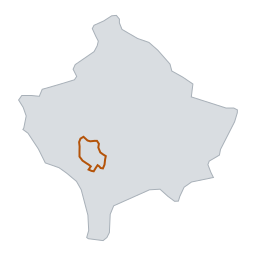 Kosovo, with Orahovac highlighted
{"feature_id": "KOS-5891", "entity_name": "Orahovac", "entity_type": "District", "adm_level": 1, "iso_a3": "XKX", "parent_name": "Kosovo", "parent_adm1": "", "projection": "natural_earth1", "projection_center": [20.611, 42.394], "detail": "fine", "context": "in_parent", "style": "outline", "palette": "amber", "viewbox_px": 256, "rotation_deg": 0, "n_neighbors": 0, "source": "natural_earth", "source_scale": "10m", "svg_char_len": 1327}
<svg xmlns="http://www.w3.org/2000/svg" viewBox="0 0 256 256"><path d="M58.6,84.6L74.4,79.8L76.7,76.4L73.1,69.2L75.2,64.6L94.1,51.6L97.2,45.8L98.3,41.1L95.8,36.3L92.3,28.6L94.0,25.3L103.8,20.9L111.7,15.8L116.4,15.4L119.4,19.1L119.4,22.9L122.0,29.4L127.8,32.8L137.6,38.5L148.9,42.4L157.8,50.2L170.0,64.1L171.8,71.0L182.7,77.1L192.9,84.0L191.3,96.9L225.9,108.0L233.7,108.0L237.4,109.9L237.3,112.8L234.6,121.8L220.5,149.4L219.4,155.1L209.2,161.1L207.9,164.6L210.8,172.2L213.4,177.5L213.2,177.5L191.5,182.0L184.1,187.2L179.8,196.4L178.4,201.1L174.6,201.3L168.1,196.5L160.0,189.2L149.5,189.8L113.7,205.8L110.2,214.3L109.4,232.5L106.9,237.5L103.1,240.6L88.3,238.7L86.7,237.5L88.7,230.4L87.9,215.1L81.2,189.7L76.5,181.4L66.6,173.1L59.0,167.7L45.3,162.9L38.4,149.0L28.0,133.2L22.9,129.5L23.8,128.0L26.2,116.0L23.2,107.4L18.6,100.0L21.8,95.5L31.4,95.5L39.3,96.3L42.2,89.3L58.6,84.6Z" fill="#d9dde1" stroke="#a8b0b8" stroke-width="1"/><path d="M88.6,169.6L90.8,166.4L88.6,164.6L86.5,163.3L82.5,160.6L79.5,156.6L79.5,151.6L79.6,146.4L79.1,142.1L80.5,138.6L83.5,136.8L87.5,140.5L90.2,141.3L94.1,140.9L97.0,140.9L98.9,143.8L98.3,147.5L100.3,152.4L103.2,154.5L105.8,156.1L105.1,159.4L104.5,164.7L102.9,168.4L100.6,168.0L99.3,166.4L97.6,165.2L95.7,168.0L93.7,171.3L91.5,170.9L88.6,169.6Z" fill="none" stroke="#b45309" stroke-width="2"/></svg>